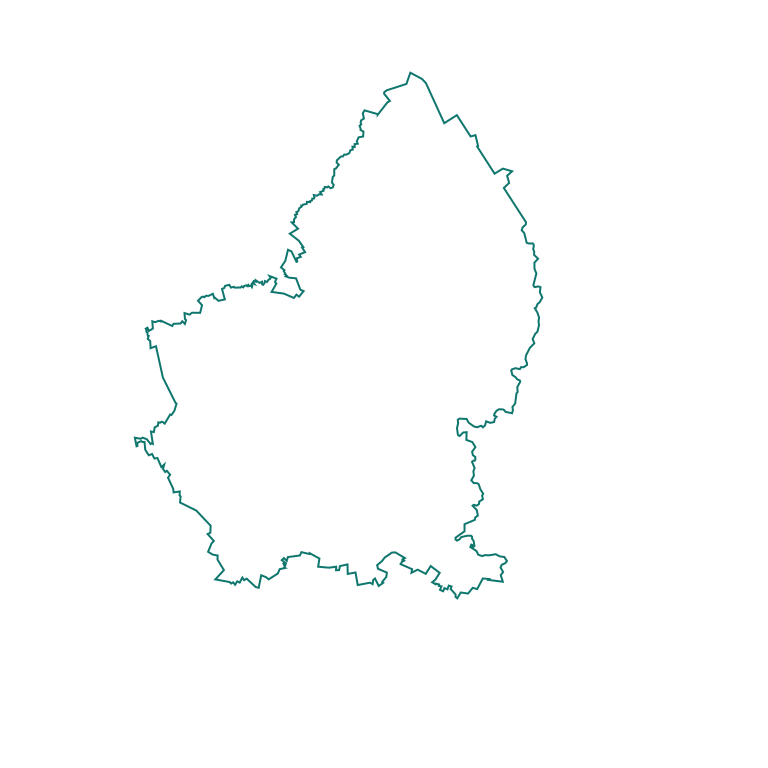 the district of Lejweleputswa, Free State, South Africa, rotated 130°
{"feature_id": "47623444B29116896592790", "entity_name": "Lejweleputswa", "entity_type": "district", "adm_level": 2, "iso_a3": "ZAF", "parent_name": "South Africa", "parent_adm1": "Free State", "projection": "orthographic", "projection_center": [25.98, -28.097], "detail": "fine", "context": "isolated", "style": "outline", "palette": "teal", "viewbox_px": 768, "rotation_deg": 130, "n_neighbors": 0, "source": "geoboundaries", "source_scale": "gbopen_adm2", "svg_char_len": 6166}
<svg xmlns="http://www.w3.org/2000/svg" viewBox="0 0 768 768"><g transform="rotate(130 384 384)"><path d="M324.1,267.1L321.1,268.5L319.1,270.8L314.6,271.0L306.0,276.5L304.2,276.5L300.7,279.9L294.7,281.1L294.0,282.2L294.8,285.3L294.2,287.5L294.6,291.4L291.9,295.2L290.6,295.4L287.4,293.5L285.3,289.5L282.9,289.8L281.4,287.8L277.5,286.7L276.4,287.5L274.0,291.6L270.8,293.6L262.5,295.5L256.2,295.0L254.0,299.0L248.4,300.4L245.2,300.1L239.4,303.0L236.6,306.0L233.5,307.8L230.6,312.6L229.0,317.2L227.6,316.6L224.1,317.8L221.4,317.3L216.0,318.3L213.5,323.6L209.2,326.4L210.0,328.4L213.0,330.9L212.3,333.1L201.4,338.3L199.0,342.8L194.3,346.8L189.0,346.5L188.6,352.0L185.9,354.2L184.8,356.4L182.0,357.9L180.8,359.4L180.7,360.4L183.1,363.1L184.1,365.5L178.2,373.6L177.7,377.4L174.8,378.5L170.8,377.9L168.8,379.2L156.8,418.2L149.5,417.4L145.4,423.5L138.7,422.6L142.6,431.4L151.8,434.5L142.2,465.3L141.2,464.9L134.6,473.9L138.7,476.8L131.2,501.0L145.5,505.5L126.6,545.2L125.9,550.9L128.6,563.9L139.7,559.7L157.1,570.6L160.1,571.4L161.6,570.5L163.4,561.4L166.0,562.4L181.7,561.9L181.3,562.2L186.9,574.8L190.2,574.3L193.6,570.0L196.9,571.0L198.8,569.9L199.8,568.3L201.9,568.7L203.4,566.0L204.5,565.3L203.8,562.0L207.8,559.1L211.4,562.0L215.6,560.8L216.8,558.6L219.1,560.7L221.3,558.8L222.5,560.7L224.5,558.6L226.3,560.0L229.4,559.0L232.4,560.2L233.9,562.0L235.9,561.7L237.4,563.2L243.0,563.9L244.9,562.5L245.1,559.5L249.8,559.4L251.4,560.2L256.3,556.1L258.2,556.4L263.1,553.4L263.8,550.5L266.5,549.6L268.4,550.9L268.5,553.7L269.8,553.9L271.2,556.1L272.6,555.2L273.8,555.8L274.8,554.5L278.0,556.3L278.9,553.6L280.4,555.7L282.8,556.3L284.4,559.2L285.8,557.2L287.1,556.9L288.1,558.1L289.7,557.2L291.8,558.3L292.3,557.6L294.0,560.1L295.7,559.0L298.6,561.3L300.3,561.2L300.5,562.0L301.7,561.2L303.9,561.9L306.8,560.7L308.7,561.6L309.7,559.7L311.7,560.9L312.7,558.7L315.7,558.8L317.8,557.0L319.5,558.6L320.3,549.7L329.4,552.8L329.0,541.4L331.0,533.8L332.1,534.5L333.7,529.2L339.4,532.2L340.1,529.5L343.8,531.6L346.0,529.2L346.7,529.6L341.9,540.1L342.9,543.8L353.2,538.7L360.9,537.9L360.8,533.5L361.9,533.5L363.1,530.1L363.7,530.3L363.6,528.2L364.7,528.4L363.4,524.9L359.6,519.3L365.5,508.7L364.5,505.3L371.7,505.2L371.9,508.5L376.0,508.3L379.1,518.8L385.7,529.3L376.3,531.0L376.0,533.0L372.4,534.1L374.9,541.1L375.5,539.1L376.5,538.8L378.4,539.5L381.1,539.2L381.7,541.4L383.9,540.3L385.8,540.4L385.9,541.5L384.1,543.2L386.5,544.3L387.0,549.0L388.0,548.0L388.9,550.0L390.2,549.7L390.7,547.7L391.3,549.7L392.5,549.6L393.2,548.1L394.6,547.5L394.0,549.2L395.9,550.4L395.4,551.7L397.0,551.7L396.9,552.9L398.7,554.1L400.4,553.9L400.7,555.8L402.2,555.8L406.2,560.4L406.0,561.4L408.5,563.2L407.5,566.3L410.9,568.8L413.1,568.1L415.3,569.2L421.5,560.3L426.7,564.3L426.6,569.0L427.3,569.2L424.9,573.1L429.4,575.1L430.7,577.0L433.2,577.5L433.3,578.7L434.5,579.6L439.8,580.0L440.6,574.0L447.7,570.6L452.8,576.9L455.8,577.5L457.9,582.4L462.1,578.3L462.3,576.7L466.0,575.1L465.6,578.9L468.4,578.7L473.2,583.9L475.7,583.5L478.8,595.3L479.4,595.0L480.4,597.2L483.8,599.1L484.9,601.8L490.1,596.7L494.5,598.2L492.9,601.4L494.8,602.1L495.6,600.3L496.7,599.6L496.6,598.5L498.9,595.9L498.5,595.1L501.3,594.0L501.3,590.8L506.6,585.8L501.6,583.0L521.2,557.5L532.4,531.7L532.4,530.3L539.4,527.3L544.3,526.9L544.8,528.2L555.3,526.5L555.4,529.2L556.0,530.2L557.6,530.6L558.4,532.2L561.4,530.4L564.5,531.8L568.8,529.4L570.2,532.0L578.4,522.6L578.7,523.9L580.0,524.2L578.8,530.3L580.3,534.5L582.3,535.1L585.3,540.3L590.8,533.5L589.9,533.0L588.1,535.1L586.4,534.6L583.8,533.3L583.6,531.6L582.3,530.2L587.8,524.7L589.8,518.4L586.7,516.7L588.7,512.0L586.3,510.0L590.8,501.1L587.0,500.6L591.1,498.7L592.1,495.1L590.1,494.6L590.9,489.6L594.6,489.2L599.9,477.9L602.3,475.5L597.6,471.4L600.7,469.0L600.9,467.5L605.9,464.1L601.6,446.4L604.0,425.7L609.6,421.4L612.3,422.7L613.6,413.5L617.1,413.6L625.6,410.9L624.8,405.6L622.3,401.2L625.5,398.7L629.5,387.0L642.1,387.6L634.9,374.9L635.1,372.8L632.9,372.1L633.5,369.0L629.5,369.6L628.9,366.9L623.3,368.1L624.2,365.1L621.4,364.1L622.0,351.8L620.7,349.0L609.4,355.1L607.8,350.1L607.8,346.8L597.4,343.5L592.9,344.9L588.5,341.5L588.7,342.5L587.5,342.8L585.9,346.4L585.8,343.3L584.4,343.9L584.6,349.1L581.7,348.8L582.0,344.8L578.4,346.4L569.4,338.2L565.9,339.2L562.2,331.9L561.4,332.3L559.2,321.3L566.3,317.0L560.1,308.1L554.7,303.2L557.5,301.0L555.4,298.8L551.8,300.7L545.7,296.0L552.8,289.7L546.7,284.7L554.9,274.9L545.2,267.0L544.6,264.1L541.1,266.3L538.8,265.9L542.1,258.2L536.8,256.8L536.8,258.2L530.3,258.2L526.6,260.6L529.4,269.8L527.2,272.8L520.9,271.7L516.4,271.9L508.1,269.6L505.7,267.1L503.9,256.1L506.3,257.0L506.3,255.0L507.3,255.3L506.8,256.5L510.9,255.4L511.6,256.3L507.8,243.5L511.0,241.6L504.6,238.9L502.6,230.0L493.4,231.2L492.9,219.9L501.1,218.9L504.9,219.7L504.3,215.8L503.7,216.1L502.1,212.9L503.4,212.2L502.1,209.9L505.7,208.8L504.8,205.5L501.5,206.5L500.5,203.4L496.8,204.8L495.7,202.1L498.2,201.2L499.2,193.9L501.1,192.4L501.1,190.1L494.4,191.2L490.5,184.9L483.1,185.0L481.2,180.8L469.5,183.3L465.8,178.1L467.0,178.1L459.1,165.9L455.4,171.7L451.5,171.9L449.6,176.8L446.8,177.6L443.2,175.9L440.6,176.0L439.2,180.6L441.7,184.7L442.6,189.0L447.7,193.4L450.2,196.7L452.6,198.0L454.2,202.0L452.5,205.8L453.4,213.0L450.9,213.9L450.6,213.0L451.7,210.8L449.9,210.6L446.5,214.6L446.0,217.0L444.4,218.4L444.2,219.6L446.7,222.7L451.6,226.4L454.5,226.3L457.1,227.5L457.1,229.3L455.7,230.4L445.1,227.6L439.6,232.2L429.7,227.1L427.6,228.3L424.5,227.5L420.9,231.9L420.3,237.9L418.9,237.6L417.5,234.7L414.7,234.1L412.9,235.5L408.7,234.2L406.4,237.1L404.3,237.5L402.7,242.5L400.0,246.9L400.1,248.9L402.2,251.6L401.7,255.2L396.4,256.2L393.3,259.5L390.2,260.5L387.0,266.6L385.4,266.3L384.4,265.2L383.2,265.4L381.2,267.2L381.4,270.2L379.2,273.0L373.6,273.4L371.7,279.0L373.9,285.0L367.8,289.7L370.3,292.2L375.2,292.6L375.5,294.6L370.9,299.7L366.4,302.0L364.0,304.5L362.0,303.9L357.7,298.2L359.2,294.2L358.7,287.7L357.3,284.9L353.4,282.6L353.6,280.4L350.9,280.0L346.9,281.7L345.5,277.7L342.4,275.2L339.5,276.8L336.8,276.7L337.3,279.4L336.0,280.2L332.3,280.6L329.5,279.7L327.1,276.7L326.7,275.4L327.2,272.9L324.1,267.1Z" fill="none" stroke="#0f766e" stroke-width="2"/></g></svg>